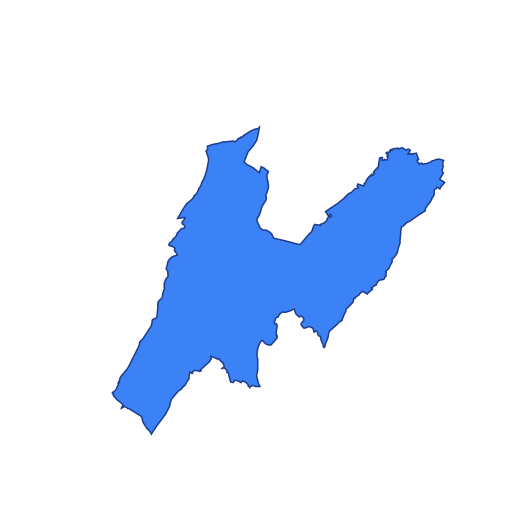 Breznita-Motru, Mehedinti, Romania (Albers equal-area conic projection), rotated 317°
{"feature_id": "2599482B41695775774863", "entity_name": "Breznita-Motru", "entity_type": "district", "adm_level": 2, "iso_a3": "ROU", "parent_name": "Romania", "parent_adm1": "Mehedinti", "projection": "albers", "projection_center": [23.242, 44.564], "detail": "fine", "context": "isolated", "style": "filled", "palette": "blue", "viewbox_px": 512, "rotation_deg": 317, "n_neighbors": 0, "source": "geoboundaries", "source_scale": "gbopen_adm2", "svg_char_len": 6132}
<svg xmlns="http://www.w3.org/2000/svg" viewBox="0 0 512 512"><g transform="rotate(317 256 256)"><path d="M444.1,330.3L442.5,325.2L449.8,323.0L449.6,321.5L450.4,320.5L454.2,318.0L454.6,317.0L455.6,315.8L457.1,314.5L458.3,314.2L458.2,313.5L455.6,309.6L452.8,307.9L452.0,307.9L449.5,306.4L448.6,306.6L446.2,305.6L445.2,305.5L440.3,302.4L440.8,301.4L440.6,301.1L438.0,299.9L438.5,299.5L438.2,297.7L438.8,296.3L439.4,296.4L439.7,295.9L440.8,296.3L443.4,290.2L441.0,288.5L440.4,288.6L439.8,288.4L439.7,287.6L438.7,287.4L438.5,286.9L438.9,286.5L437.9,286.1L437.8,285.4L436.1,285.0L441.0,283.9L440.4,281.7L439.3,281.2L438.0,281.2L436.9,276.5L433.6,275.1L433.6,274.2L430.4,271.8L428.2,270.6L427.4,271.4L427.0,270.3L426.1,269.9L426.0,270.8L424.5,271.2L423.0,269.7L421.7,269.3L421.0,270.1L421.8,270.8L422.1,271.4L421.1,272.6L420.2,272.1L419.9,272.4L420.2,273.0L419.6,273.8L417.2,275.1L416.7,274.6L415.7,272.8L414.7,273.2L413.5,271.8L415.5,270.3L415.4,269.8L413.3,268.6L406.0,274.4L405.1,274.0L404.5,275.2L402.9,274.2L400.3,274.6L398.9,274.9L399.1,276.2L396.7,276.6L396.5,276.2L396.5,275.1L395.5,275.1L394.9,275.9L394.2,275.7L394.2,275.3L393.7,275.1L392.2,275.1L388.0,275.9L387.4,276.8L386.7,276.9L384.6,276.8L384.0,277.8L383.1,277.8L382.6,278.4L379.6,272.8L377.7,273.8L377.3,276.0L373.8,274.3L369.1,274.6L367.2,273.8L365.3,273.5L359.1,273.8L351.3,273.2L337.2,270.9L336.3,276.3L338.8,276.3L338.6,278.3L337.0,278.5L336.1,276.4L334.5,277.3L333.7,277.1L331.9,278.5L327.6,278.0L324.7,276.8L323.8,277.5L323.3,276.4L321.6,274.6L320.6,273.0L318.6,273.4L315.3,275.1L315.4,275.4L312.1,276.3L310.7,276.0L296.1,277.7L294.8,276.2L288.4,265.9L281.2,255.2L281.6,253.1L282.6,250.4L282.3,247.6L281.1,244.1L279.0,242.0L278.2,239.2L278.5,236.8L278.9,236.4L279.0,235.5L280.8,230.8L282.2,229.5L285.9,228.5L289.7,226.6L293.7,224.0L301.9,221.8L303.4,220.4L304.8,217.9L306.9,217.3L311.9,214.3L313.0,213.2L313.9,212.1L314.1,211.3L315.4,210.1L316.5,207.5L317.9,206.0L318.6,204.6L322.6,202.7L322.7,201.3L322.2,200.5L322.0,199.4L322.1,197.9L320.7,194.2L315.2,197.3L314.0,189.2L311.7,182.6L311.4,179.1L321.2,174.4L329.1,173.5L335.6,171.8L340.4,168.6L346.2,164.2L344.6,164.3L341.7,162.5L337.5,161.0L329.0,159.4L326.8,159.7L326.1,158.7L324.2,159.0L324.0,158.2L323.0,158.0L320.6,158.5L318.3,158.0L318.0,156.5L310.3,150.8L309.3,149.7L307.4,149.1L304.6,147.7L303.6,146.8L299.5,144.4L295.5,142.6L295.0,142.8L293.4,145.2L292.0,145.0L290.9,145.3L290.8,146.3L289.9,147.3L289.0,150.0L287.4,152.7L286.0,154.2L278.2,159.8L273.3,162.6L269.6,164.3L266.8,165.1L263.3,167.1L260.2,167.7L257.0,169.2L254.3,169.9L252.2,169.7L248.7,170.9L240.9,170.5L235.1,171.8L224.3,175.1L230.2,179.2L229.5,180.0L225.8,180.9L225.1,180.8L224.3,181.6L224.1,182.7L224.4,183.5L224.3,185.7L223.8,186.3L222.2,186.7L221.7,186.0L219.6,185.1L213.6,185.6L212.7,186.4L209.9,187.3L208.0,186.9L204.0,187.8L201.9,187.5L199.9,188.3L199.6,189.0L201.5,192.4L202.1,194.1L201.8,195.2L200.8,195.6L200.3,196.3L199.9,197.2L199.7,199.6L199.1,201.7L194.8,199.6L193.7,199.4L190.9,199.2L187.6,200.1L184.0,202.7L181.6,203.9L181.2,206.2L180.7,207.4L177.7,211.0L174.4,211.3L170.4,213.3L168.0,215.7L167.1,217.3L161.9,220.0L159.2,222.5L154.1,222.6L152.6,223.1L148.6,227.1L141.4,233.4L136.9,232.0L136.3,232.2L134.0,234.2L131.7,235.7L117.4,239.3L112.1,239.6L110.7,240.9L108.5,242.2L88.3,249.7L84.7,250.8L80.8,251.2L78.8,251.7L76.6,251.6L73.7,252.3L71.5,253.8L69.0,254.7L69.8,255.1L62.6,258.2L60.2,258.3L57.8,257.9L57.2,258.8L57.7,259.4L57.6,260.0L56.7,260.5L56.4,261.4L56.4,266.7L57.1,271.1L57.2,274.4L56.8,274.8L54.6,275.0L53.7,275.6L57.3,276.4L58.1,279.2L58.2,280.1L59.1,281.0L59.7,283.9L62.6,294.4L62.5,296.0L59.8,301.1L58.6,308.1L58.8,312.1L57.9,314.9L67.2,312.6L81.8,310.0L90.2,307.1L92.2,305.5L96.3,303.1L107.2,301.8L110.2,302.4L114.2,301.9L116.1,302.2L118.8,301.1L123.1,300.2L126.0,297.4L128.4,295.9L129.2,298.4L129.7,298.3L129.9,297.6L132.9,297.7L135.2,300.0L135.7,301.7L137.4,302.6L137.9,301.9L137.7,301.5L138.1,301.4L150.5,301.5L152.2,300.7L153.0,300.8L154.6,298.6L156.9,303.3L157.5,305.2L158.9,305.8L159.2,306.3L158.5,307.1L158.8,311.7L158.5,311.9L158.5,313.1L158.0,313.9L157.9,314.6L157.5,315.1L155.6,315.2L153.5,314.8L156.1,315.8L156.5,316.4L156.7,318.4L156.6,320.2L155.4,321.2L156.2,322.1L151.5,330.8L152.9,332.9L156.2,332.6L157.5,334.9L158.8,338.5L161.2,338.1L162.3,341.6L162.5,343.1L162.5,344.6L162.1,345.4L161.7,345.5L161.7,348.0L162.5,347.6L165.4,348.5L166.8,351.3L169.9,354.2L170.8,351.0L174.7,344.0L179.8,340.3L187.2,332.2L188.6,329.6L192.7,325.9L195.7,323.9L200.2,322.0L202.7,321.7L203.3,323.4L203.0,324.6L203.3,327.2L203.9,328.9L204.3,329.4L205.1,329.7L205.8,331.1L206.6,331.3L215.2,330.4L216.8,329.2L217.1,328.6L216.6,328.0L217.5,327.3L218.4,325.9L223.9,321.5L224.7,319.4L223.5,318.0L224.4,316.7L226.8,315.7L227.5,315.0L229.0,314.9L230.6,315.7L232.8,314.8L236.2,314.7L237.1,315.1L239.3,317.4L244.9,320.0L247.5,320.5L247.8,320.9L245.7,325.4L245.9,330.0L247.9,330.5L248.3,331.4L248.6,334.1L246.3,336.0L243.9,335.8L242.6,336.5L242.0,337.3L241.7,341.1L242.7,342.2L244.6,343.0L246.0,343.2L246.7,344.0L248.3,347.2L248.0,348.6L246.5,351.2L246.8,351.5L248.5,351.4L249.3,352.7L247.3,356.8L248.2,358.6L246.4,361.6L245.3,364.4L244.9,366.1L243.4,368.2L243.2,369.0L243.4,369.4L245.2,368.9L247.1,367.5L252.7,364.9L257.9,361.1L269.7,361.3L271.8,361.0L274.6,361.8L280.6,358.9L284.0,357.7L285.4,356.4L295.1,356.0L298.8,353.8L299.6,354.4L300.9,354.1L305.0,354.7L306.5,354.2L309.9,354.6L311.4,359.7L313.5,359.3L314.2,359.7L316.4,359.3L317.1,359.7L318.5,359.7L318.8,359.5L319.0,358.0L320.4,358.4L322.4,358.4L323.3,359.1L324.3,359.2L325.3,358.3L328.4,357.8L331.1,358.4L331.3,359.0L332.5,359.2L332.9,360.0L334.0,360.2L336.8,359.0L337.6,359.3L338.3,358.1L339.7,357.3L339.8,356.0L345.7,355.5L346.6,354.7L349.9,353.8L351.7,353.0L353.3,351.2L357.0,351.1L361.5,350.0L365.6,347.2L370.3,344.7L371.5,343.2L377.1,338.3L378.9,336.4L382.3,334.0L384.2,334.5L388.6,334.4L392.9,335.5L404.8,337.2L410.4,338.4L412.8,336.6L420.4,335.2L422.6,334.6L423.5,334.2L423.9,333.6L425.6,333.6L428.9,332.2L429.8,330.7L431.8,329.1L433.9,329.5L435.4,329.2L436.2,332.3L438.1,331.5L444.1,330.9L444.1,330.3Z" fill="#3b82f6" stroke="#1e3a8a" stroke-width="1.5"/></g></svg>